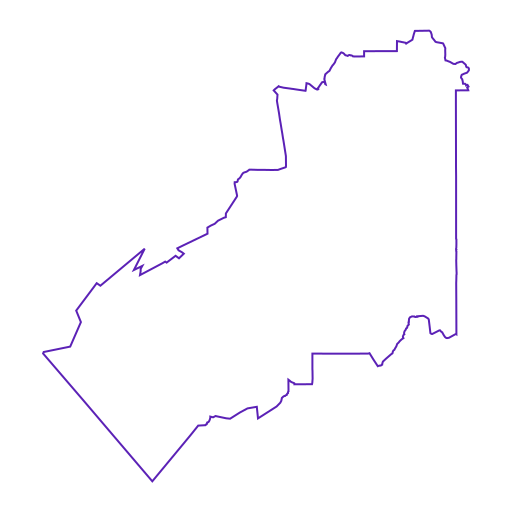 Delicias, Chihuahua, Mexico
{"feature_id": "50627088B94696650260706", "entity_name": "Delicias", "entity_type": "district", "adm_level": 2, "iso_a3": "MEX", "parent_name": "Mexico", "parent_adm1": "Chihuahua", "projection": "orthographic", "projection_center": [-105.441, 28.123], "detail": "fine", "context": "isolated", "style": "outline", "palette": "violet", "viewbox_px": 512, "rotation_deg": 0, "n_neighbors": 0, "source": "geoboundaries", "source_scale": "gbopen_adm2", "svg_char_len": 5800}
<svg xmlns="http://www.w3.org/2000/svg" viewBox="0 0 512 512"><path d="M83.9,401.0L113.0,435.2L152.3,481.3L190.5,435.2L198.2,425.6L205.3,425.2L205.5,424.8L205.8,424.5L206.4,424.5L206.8,424.1L207.0,423.4L207.1,422.7L207.4,422.3L208.0,422.3L208.5,422.0L209.2,421.0L209.8,419.6L210.3,417.8L210.3,416.6L213.1,417.3L215.6,416.0L216.7,416.3L226.2,418.3L230.1,418.7L239.9,412.5L247.5,408.4L256.8,406.8L258.0,418.4L276.6,406.5L280.3,402.7L281.3,400.8L281.9,397.9L283.3,396.6L284.3,396.0L285.0,396.0L285.5,395.4L286.0,395.2L286.7,395.0L286.8,394.8L286.9,394.5L287.0,394.0L287.3,393.7L287.6,393.4L288.0,393.1L287.9,392.4L288.2,391.7L288.5,391.3L288.4,390.9L288.5,390.3L288.4,379.7L289.7,380.7L290.1,381.0L290.5,381.5L291.7,382.2L294.2,383.2L294.4,383.4L294.4,384.3L312.0,384.2L312.3,382.8L312.6,378.7L312.5,371.0L312.4,369.1L312.4,366.6L312.4,364.2L312.4,360.6L312.4,358.7L312.4,356.5L312.4,353.6L342.6,353.7L368.2,353.6L369.5,353.2L373.4,359.5L377.8,366.2L378.7,365.8L379.1,365.8L379.5,365.6L380.5,365.6L380.8,365.5L381.1,365.4L381.5,365.1L381.6,364.8L381.9,364.5L382.2,364.5L382.4,363.2L382.9,361.6L386.0,358.7L390.6,354.7L391.7,353.8L392.3,353.5L392.6,353.0L392.7,352.1L393.1,351.0L393.5,350.4L394.3,349.9L395.2,348.2L396.3,346.4L397.2,343.9L398.7,342.5L399.5,341.4L400.4,340.5L401.6,339.4L403.4,338.1L403.0,337.6L402.9,336.6L403.0,336.1L403.7,334.7L404.3,334.3L404.1,333.9L404.1,333.0L404.2,332.4L404.4,331.7L404.7,331.0L405.5,330.0L405.7,329.7L406.1,328.5L406.4,328.2L406.9,328.0L407.2,327.5L407.3,326.8L407.4,326.1L407.7,325.6L408.3,325.2L408.4,324.9L408.5,324.7L408.8,324.5L408.5,322.7L408.8,322.4L408.9,322.0L408.9,321.8L408.7,321.7L408.8,321.3L409.1,318.7L410.0,317.3L412.0,316.4L414.4,316.5L414.5,316.7L415.3,317.0L417.3,316.8L417.2,316.3L423.1,315.8L424.6,316.3L428.0,318.4L428.5,319.0L428.8,319.7L429.7,327.0L430.4,333.1L431.0,333.6L431.5,333.9L432.2,334.0L439.3,330.4L440.0,330.3L441.1,331.6L442.3,332.4L442.4,332.7L443.8,335.2L445.0,337.0L446.3,338.0L447.1,338.1L448.9,337.8L456.0,333.9L456.4,334.2L456.3,300.8L456.2,283.1L456.3,280.1L456.4,275.9L456.4,274.9L456.6,274.4L456.6,272.7L456.5,270.9L456.4,267.6L456.3,264.7L456.3,264.2L456.2,259.8L456.3,259.4L456.3,257.8L456.4,251.4L456.2,251.2L456.2,250.4L456.1,250.0L456.3,249.6L456.1,249.5L456.1,248.9L456.1,248.5L456.3,247.9L456.4,244.4L456.4,243.5L456.4,243.3L456.4,242.3L456.4,242.2L456.4,239.3L456.3,239.2L456.1,238.9L456.1,176.1L456.0,166.8L456.0,162.2L456.0,154.4L455.9,103.3L455.9,90.4L468.3,90.3L468.2,89.9L467.2,87.5L468.5,86.6L467.5,84.9L466.1,85.4L466.0,84.6L465.4,84.1L465.1,83.8L463.0,83.7L462.7,81.1L462.4,80.2L462.3,79.4L462.2,79.2L461.4,78.3L461.0,77.4L461.1,76.9L461.1,76.6L461.4,75.7L461.7,74.9L461.8,74.8L462.1,74.6L462.4,74.5L463.6,74.0L464.1,73.7L466.2,73.0L467.0,72.7L468.1,71.4L468.9,70.2L468.9,69.6L468.9,69.3L468.9,68.8L468.8,68.4L468.6,68.0L468.2,67.6L467.3,67.3L466.6,67.2L466.2,66.6L465.8,64.9L465.5,64.5L462.4,61.8L462.0,61.7L460.0,61.9L458.0,62.6L456.9,62.9L456.4,63.3L455.8,63.7L455.4,64.0L453.8,63.9L453.3,63.8L452.6,63.4L450.0,61.9L448.6,61.4L446.7,60.6L445.5,60.4L444.9,57.6L445.0,57.3L445.2,56.5L445.2,55.8L445.3,55.0L445.3,54.9L445.2,50.1L445.3,48.2L443.2,43.6L442.9,43.3L436.7,42.2L435.5,41.8L434.6,40.6L433.9,39.7L432.9,38.5L432.0,37.3L431.9,36.8L431.7,34.7L431.1,32.9L430.8,32.0L429.9,31.1L429.3,30.7L427.7,30.7L414.9,30.9L414.1,33.3L413.6,35.0L413.3,36.3L413.0,37.2L412.8,38.1L412.6,38.9L412.4,39.7L411.3,40.4L408.3,42.2L407.5,42.7L406.5,43.3L406.3,43.6L406.1,43.6L406.0,43.1L405.7,42.8L405.1,42.7L404.2,42.5L403.3,42.3L402.9,42.2L402.1,42.1L400.0,41.6L397.0,41.1L396.9,51.1L364.1,51.2L364.1,56.4L354.2,56.5L354.0,56.4L353.0,56.4L352.5,55.9L351.5,55.4L350.6,55.4L350.1,55.1L349.5,55.0L348.9,55.1L348.1,55.7L347.5,55.9L347.1,55.6L346.0,55.4L345.4,55.2L344.9,54.8L344.5,54.3L344.1,53.8L343.2,53.1L342.3,52.7L341.3,52.4L341.0,52.6L340.7,52.8L340.4,53.3L339.6,54.4L338.7,55.6L338.3,56.1L337.6,57.1L337.0,58.1L336.5,58.7L336.1,59.3L335.4,61.1L335.2,61.7L334.9,62.4L334.5,63.0L333.7,64.1L333.0,65.0L332.6,65.3L330.8,68.2L329.8,70.2L329.5,70.8L329.0,71.2L328.5,71.6L328.2,71.7L325.2,74.4L325.2,75.0L324.8,76.3L324.6,77.5L324.5,78.8L324.3,79.0L324.9,81.5L325.7,84.4L325.3,84.2L324.8,82.5L324.6,81.6L323.8,81.9L322.7,82.2L322.3,82.1L321.6,82.9L321.2,83.5L320.8,84.1L320.6,84.3L320.4,84.7L320.2,84.9L320.0,85.2L319.7,85.6L319.4,86.1L318.6,87.3L318.3,87.7L318.0,88.0L317.7,88.4L318.3,89.1L318.2,89.2L317.9,89.4L317.5,89.5L317.3,89.5L317.0,89.5L316.6,89.3L315.1,88.6L314.2,88.0L311.8,86.0L309.5,84.1L308.5,83.7L307.4,83.4L306.5,83.2L306.4,84.4L306.2,86.0L305.9,88.1L305.7,90.1L305.5,90.8L302.0,90.3L295.8,89.4L293.3,89.0L291.6,88.8L290.4,88.6L283.6,87.7L279.7,86.8L279.2,86.7L278.7,86.2L277.1,87.5L274.9,89.2L273.7,90.4L276.5,93.5L277.5,94.6L277.3,97.5L277.2,99.0L277.0,99.9L276.9,100.6L277.3,103.2L277.9,106.6L279.0,113.1L279.5,116.5L280.0,119.9L280.6,123.3L281.7,130.1L282.3,133.6L283.0,138.2L283.4,140.3L283.8,142.8L285.9,156.1L286.0,165.7L285.9,167.0L285.5,167.3L282.2,168.4L280.4,169.0L278.0,169.9L272.0,170.0L271.7,170.0L265.6,169.9L262.3,169.9L258.1,169.9L255.9,169.8L252.3,169.7L249.3,169.7L249.0,170.0L246.9,171.5L246.3,171.8L244.1,172.5L243.2,173.0L242.7,173.5L241.6,175.1L240.5,177.1L239.4,178.4L238.2,179.2L237.9,179.6L237.6,181.3L237.3,181.8L236.7,182.0L235.8,182.2L234.7,182.2L234.6,183.8L236.9,194.7L237.1,195.9L236.8,196.7L225.9,213.4L225.8,217.2L223.8,217.8L218.0,220.7L214.7,223.8L211.0,225.5L207.4,227.6L207.5,233.7L182.8,245.6L177.3,248.3L177.7,249.0L178.2,249.6L178.3,250.0L178.7,250.4L181.0,251.7L182.3,252.5L183.8,253.7L179.0,258.3L175.6,255.8L166.6,262.6L165.2,261.6L162.3,263.3L140.0,275.1L140.6,271.5L140.7,268.8L142.3,265.9L133.9,270.0L144.7,248.7L100.4,285.7L96.7,283.2L76.2,310.6L80.9,322.1L70.2,346.6L43.7,352.0L43.1,353.5L83.9,401.0Z" fill="none" stroke="#5b21b6" stroke-width="2"/></svg>